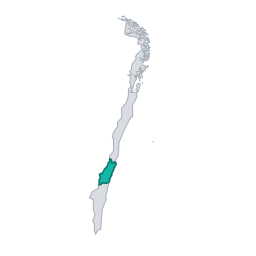 Chile, with Atacama highlighted, rotated 189°
{"feature_id": "CHL-2696", "entity_name": "Atacama", "entity_type": "Region", "adm_level": 1, "iso_a3": "CHL", "parent_name": "Chile", "parent_adm1": "", "projection": "equal_earth", "projection_center": [-70.184, -27.52], "detail": "fine", "context": "in_parent", "style": "filled", "palette": "teal", "viewbox_px": 256, "rotation_deg": 189, "n_neighbors": 0, "source": "natural_earth", "source_scale": "10m", "svg_char_len": 6784}
<svg xmlns="http://www.w3.org/2000/svg" viewBox="0 0 256 256"><g transform="rotate(189 128 128)"><path d="M139.1,23.6L141.5,22.7L143.4,18.2L145.4,21.7L146.0,27.6L148.4,30.5L147.0,36.8L149.6,42.3L151.0,51.9L155.1,53.0L153.4,59.5L147.8,64.0L147.6,74.6L148.8,77.7L146.4,78.9L142.7,86.6L141.0,92.1L141.8,97.3L138.7,103.2L140.7,115.5L141.9,116.0L141.7,121.6L138.6,127.6L139.3,132.4L135.8,136.9L137.4,146.7L133.6,152.9L132.7,159.5L133.6,166.5L131.9,169.4L132.1,172.1L133.6,173.1L133.4,179.4L136.2,180.3L132.4,181.5L135.4,183.9L133.8,185.8L134.0,191.5L130.7,198.0L131.7,199.9L130.4,202.8L126.6,206.9L128.4,212.7L131.6,212.5L131.4,216.8L133.2,218.9L141.1,219.1L147.0,220.5L144.0,220.1L137.9,222.9L137.1,227.8L135.9,228.3L131.6,225.7L133.4,225.2L134.0,226.4L136.2,223.1L132.1,224.7L131.0,226.3L129.1,225.2L130.3,222.8L135.0,222.1L130.3,221.7L128.8,224.4L126.7,223.2L128.3,222.6L128.7,221.5L125.2,222.2L124.0,219.7L125.9,220.2L129.9,218.8L130.3,220.8L131.0,220.3L130.9,217.6L128.4,216.3L130.7,218.1L127.1,219.3L124.4,217.5L125.3,215.4L121.8,214.4L120.7,212.5L122.3,212.4L122.4,210.8L124.5,213.1L125.8,213.8L126.4,211.5L125.1,213.2L124.2,212.1L125.2,211.6L122.4,210.0L125.1,209.0L123.7,207.0L125.6,207.0L124.5,206.1L125.1,204.0L123.4,205.9L123.4,201.8L124.7,201.1L122.8,201.1L122.3,198.6L127.2,199.4L125.8,196.8L123.8,198.5L122.0,197.1L124.1,196.5L122.7,195.7L123.9,194.4L123.3,192.3L120.4,192.0L120.5,190.8L118.2,191.8L118.7,193.0L117.5,191.8L120.7,188.9L120.0,187.4L123.8,186.8L124.6,184.9L124.4,188.4L122.9,189.2L124.6,188.9L125.5,187.1L125.2,191.1L126.1,187.5L125.5,185.3L128.8,185.1L126.8,183.2L129.8,180.5L129.9,179.6L127.3,178.2L129.4,172.0L129.3,167.7L130.8,168.4L130.4,166.1L129.0,165.7L131.0,164.3L131.1,163.4L125.1,164.8L124.0,160.5L127.1,150.6L125.0,139.8L127.0,138.8L131.2,126.7L134.6,112.3L133.3,100.1L135.1,94.1L134.1,89.7L138.1,73.8L139.3,56.6L138.3,54.6L140.7,43.6L139.1,23.6ZM146.3,222.3L146.1,233.0L133.6,231.8L137.9,230.5L139.8,231.4L137.6,229.4L138.9,227.1L138.9,229.5L143.8,231.6L144.7,230.8L140.4,228.3L143.5,226.0L139.7,225.9L139.2,224.4L140.5,223.7L139.5,222.8L143.3,221.5L146.3,222.3ZM125.1,173.7L122.5,173.1L123.8,165.1L126.5,167.3L125.0,169.5L126.5,171.4L125.1,173.7ZM122.6,202.6L122.6,209.0L121.4,207.6L122.0,206.0L120.6,208.2L118.7,207.9L121.2,202.5L122.6,202.6ZM141.0,234.4L146.9,233.5L146.3,234.4L148.4,236.7L144.1,234.5L143.2,235.8L141.0,234.4ZM125.4,179.4L124.3,180.5L125.4,184.1L124.0,184.5L121.7,180.8L124.3,178.0L125.4,179.4ZM129.6,226.4L132.4,227.9L129.8,229.5L130.2,228.2L128.5,228.8L126.0,226.7L129.6,226.4ZM132.4,229.1L137.1,230.1L133.4,230.3L132.4,229.1ZM152.2,234.4L148.4,234.7L147.5,233.6L151.5,233.6L152.2,234.4ZM122.5,201.7L121.0,201.9L119.6,198.8L121.3,197.9L122.5,201.7ZM120.1,201.9L118.1,201.7L119.0,198.8L120.1,201.9ZM129.4,180.0L126.8,181.5L127.4,179.2L129.4,180.0ZM121.9,217.2L123.1,218.9L122.5,220.5L120.8,218.0L121.9,217.2ZM122.5,222.8L126.7,224.3L128.7,225.7L124.3,224.4L122.5,222.8ZM123.5,186.0L121.6,186.3L123.1,183.6L123.5,186.0ZM135.4,233.1L139.4,233.2L139.8,234.2L135.4,233.1ZM120.3,203.0L119.2,204.7L118.2,204.9L118.4,203.1L120.3,203.0ZM121.4,209.6L120.0,210.9L119.2,210.7L119.6,209.1L121.4,209.6ZM122.9,215.5L121.0,216.1L120.0,217.2L120.5,215.5L122.9,215.5ZM119.9,212.0L119.3,211.4L120.5,211.6L119.9,212.0ZM125.9,181.7L125.1,180.8L125.2,180.3L125.8,180.6L125.9,181.7ZM124.7,218.4L123.8,218.6L123.3,217.7L124.7,218.4ZM120.9,197.4L119.5,197.4L120.9,197.2L120.9,197.4ZM151.0,236.5L151.2,237.4L150.3,237.0L151.0,236.5ZM123.6,176.3L124.4,176.8L123.6,176.6L123.6,176.3ZM150.4,237.6L149.2,237.8L149.1,237.6L150.4,237.6ZM154.3,234.5L154.2,235.0L153.8,234.8L154.3,234.5ZM101.4,117.7L100.9,118.3L100.9,118.2L101.4,117.7ZM121.0,174.7L120.8,175.2L120.6,174.9L121.0,174.7Z" fill="#d9dde1" stroke="#a8b0b8" stroke-width="1"/><path d="M147.8,67.3L147.6,68.2L147.5,68.5L147.7,69.0L147.8,69.1L147.7,69.2L147.8,69.3L147.8,69.5L147.9,69.8L148.0,70.1L148.1,70.7L148.4,72.3L148.5,72.6L148.4,72.8L147.8,73.4L147.7,73.6L147.6,73.8L147.6,74.1L147.6,74.6L147.6,74.9L147.7,75.1L147.8,75.4L148.0,75.6L148.8,77.1L148.9,77.3L148.9,77.5L148.8,77.8L148.8,78.0L148.6,78.2L148.4,78.3L148.0,78.3L147.9,78.4L147.8,78.5L147.7,78.6L147.7,78.8L147.3,78.8L147.2,78.7L146.8,78.6L146.6,78.6L146.3,79.1L146.3,79.3L146.2,79.4L146.3,79.6L146.2,79.7L146.0,80.3L145.9,80.5L145.7,80.6L145.6,80.8L145.6,81.0L145.6,81.3L145.4,81.6L145.3,81.8L145.3,82.0L145.2,82.3L145.1,82.7L144.9,83.6L144.8,83.8L144.7,83.9L144.4,84.0L144.2,84.1L144.3,84.2L144.3,84.3L144.2,84.4L144.0,84.9L143.9,85.0L143.8,85.3L143.7,85.4L143.5,85.2L143.4,85.3L143.4,85.6L143.1,86.0L142.9,86.2L142.7,86.5L142.6,86.9L142.6,87.5L142.4,87.8L142.3,88.0L142.2,88.2L142.2,88.4L142.2,88.5L142.3,88.8L142.3,89.0L142.2,89.3L142.2,89.5L142.0,89.8L142.0,90.0L142.0,90.5L142.0,90.8L141.9,90.9L141.8,91.0L141.6,91.0L141.4,91.2L141.3,91.3L141.2,91.4L141.1,91.5L141.1,91.8L140.9,91.9L140.9,92.0L140.9,92.3L140.9,92.5L141.0,92.5L141.0,92.9L141.1,93.0L141.2,93.7L141.2,93.9L141.2,94.1L141.3,94.3L141.4,94.5L141.2,94.7L140.7,94.7L140.3,94.5L140.2,94.5L139.8,94.4L139.7,94.3L139.6,94.2L139.5,93.9L139.2,93.5L139.1,93.4L138.9,93.1L138.6,91.3L138.5,90.9L138.4,90.8L138.3,90.7L138.0,90.6L137.9,90.6L137.7,90.8L137.7,91.0L136.9,91.3L136.7,91.4L136.6,91.5L136.5,92.1L136.4,92.4L136.4,92.5L136.2,92.5L136.1,92.4L136.0,92.2L135.9,92.2L135.8,92.3L135.7,92.3L135.6,92.2L135.4,91.7L135.2,91.5L135.2,91.4L134.9,91.3L134.7,91.3L134.3,91.5L134.3,91.3L134.3,91.0L134.3,90.9L134.3,90.7L134.2,90.6L134.3,90.5L134.3,90.4L134.2,90.1L134.1,89.8L134.2,89.5L134.3,89.2L134.5,89.1L134.7,88.9L134.8,88.8L134.8,88.6L135.1,88.3L135.1,88.2L135.2,87.8L135.2,87.7L135.2,87.4L135.3,87.4L135.3,87.2L135.3,86.9L135.5,86.8L135.6,86.5L135.7,86.3L135.7,86.1L135.7,85.9L135.7,85.7L135.8,85.4L135.8,84.9L135.7,84.6L135.8,84.5L135.8,84.4L135.9,83.7L135.9,83.4L136.0,83.4L136.0,83.1L136.1,82.9L136.1,82.7L136.3,82.4L136.3,82.2L136.4,81.9L136.4,82.0L136.6,82.0L136.7,81.9L136.8,81.8L136.9,81.7L136.9,81.3L137.0,81.0L137.0,80.9L136.9,80.6L136.7,80.2L136.8,79.9L136.8,79.7L136.7,79.5L136.7,79.4L136.7,79.2L136.7,78.9L136.7,78.7L136.8,78.6L137.0,78.7L137.1,78.4L137.2,78.2L137.3,78.2L137.4,77.9L137.5,77.9L137.4,77.5L137.4,77.4L137.3,77.2L137.5,76.6L137.6,76.4L137.6,76.2L137.7,75.9L137.8,75.5L137.9,75.2L137.8,74.9L137.9,74.7L137.9,74.4L137.9,74.2L138.0,74.1L138.1,73.9L138.1,73.7L138.0,73.4L138.1,73.2L138.0,72.8L138.0,72.7L138.1,72.3L138.0,72.2L138.2,71.9L138.5,71.2L139.3,70.6L139.6,70.6L139.8,70.7L140.4,70.1L140.8,70.0L141.0,70.2L141.6,70.2L142.2,69.8L142.4,69.6L143.1,69.6L143.7,69.8L145.4,69.6L145.4,69.4L145.4,69.2L145.6,68.8L145.7,68.6L145.8,68.5L145.8,68.4L145.7,68.3L145.7,68.2L145.7,67.9L146.1,67.9L146.3,67.8L146.5,67.8L146.9,67.9L147.1,67.9L147.3,67.8L147.5,67.5L147.6,67.4L147.8,67.3L147.8,67.3Z" fill="#14b8a6" stroke="#0f766e" stroke-width="1.5"/></g></svg>